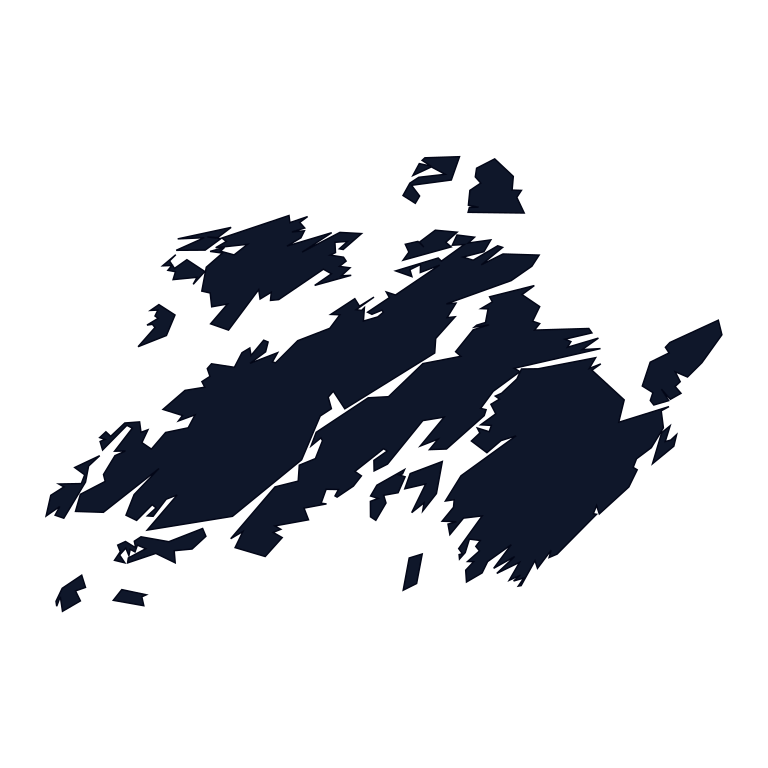 Vikna nor, Nord-Trøndelag, Norway
{"feature_id": "86288312B81438149454650", "entity_name": "Vikna nor", "entity_type": "district", "adm_level": 2, "iso_a3": "NOR", "parent_name": "Norway", "parent_adm1": "Nord-Trøndelag", "projection": "albers", "projection_center": [10.974, 64.92], "detail": "fine", "context": "isolated", "style": "filled", "palette": "ink", "viewbox_px": 768, "rotation_deg": 0, "n_neighbors": 0, "source": "geoboundaries", "source_scale": "gbopen_adm2", "svg_char_len": 6123}
<svg xmlns="http://www.w3.org/2000/svg" viewBox="0 0 768 768"><path d="M468.3,243.0L474.5,237.2L457.0,235.0L452.3,245.2L464.4,244.5L441.4,261.1L438.2,258.0L395.7,270.9L411.9,276.6L409.9,269.7L420.5,264.5L420.3,272.5L439.7,265.1L395.5,295.0L386.3,292.0L389.4,297.6L367.6,312.2L371.9,314.3L381.9,310.2L383.4,312.2L377.8,316.9L363.4,321.1L364.4,307.7L361.6,310.4L356.1,309.7L374.0,297.1L359.5,306.2L354.8,298.7L330.8,314.4L339.9,314.8L329.8,328.3L297.7,340.7L275.6,362.8L272.4,361.9L277.6,352.7L249.9,363.4L265.6,351.8L268.1,342.0L263.7,340.2L251.0,355.5L249.8,348.0L242.0,352.7L234.4,367.3L211.5,363.8L207.3,368.6L210.0,376.4L201.9,381.6L204.8,387.2L185.0,390.4L163.0,409.4L182.5,415.5L178.5,420.9L195.1,414.8L188.2,427.8L165.6,432.5L151.4,449.1L141.9,442.6L147.9,429.8L141.0,432.3L139.6,421.9L124.8,423.0L110.7,436.3L105.9,431.8L99.7,437.6L105.1,439.4L100.1,441.5L102.6,450.0L126.9,425.3L132.3,428.2L114.6,451.2L125.6,451.0L115.0,455.6L103.5,474.5L105.2,481.4L80.4,494.3L75.5,511.4L103.4,512.3L159.0,468.5L134.1,494.6L126.0,515.2L136.6,520.4L152.2,504.7L156.1,507.9L147.4,515.9L153.1,516.3L166.2,499.2L177.3,494.9L147.2,530.1L232.5,516.3L301.6,459.8L320.2,416.0L331.4,408.7L328.2,397.1L333.3,391.2L344.8,408.8L434.7,353.0L435.7,338.5L455.1,316.8L447.1,317.6L456.0,303.1L446.3,303.9L511.2,280.6L531.9,266.2L539.1,255.1L503.0,254.0L481.3,264.8L502.6,247.4L497.7,245.8L473.2,260.2L462.9,257.1L483.9,251.7L490.8,239.9L468.3,243.0ZM595.6,357.7L538.1,368.8L521.5,369.0L516.9,379.0L501.7,393.2L495.3,396.1L499.5,399.1L490.9,404.3L495.8,413.8L480.7,424.8L491.4,425.4L489.2,431.7L477.3,428.0L479.9,433.0L471.4,441.0L486.9,452.7L501.0,440.6L516.2,435.8L461.0,475.8L445.4,501.0L454.2,499.7L453.5,507.3L442.1,521.2L456.6,521.7L448.0,524.1L449.9,534.6L463.5,518.1L482.2,515.9L458.7,548.6L462.4,553.7L459.1,554.6L459.5,559.0L465.2,552.6L469.4,539.1L480.3,540.5L475.8,546.4L479.5,550.9L467.6,561.5L473.7,561.7L465.7,570.2L466.5,582.0L482.1,572.9L487.6,561.6L511.4,544.5L493.7,568.3L514.8,556.5L496.8,573.4L519.6,562.3L509.2,580.3L520.5,575.1L513.6,581.0L523.8,578.0L518.3,586.1L521.1,585.6L535.0,560.6L537.5,568.3L551.2,550.1L549.1,557.5L557.1,554.1L596.5,514.3L593.3,513.7L596.6,505.5L599.3,513.9L628.8,487.0L637.2,469.8L633.2,467.4L636.5,458.8L651.3,447.7L663.4,427.8L661.2,410.8L669.0,406.6L618.7,422.3L624.2,399.9L591.9,370.2L600.8,363.9L589.2,368.5L595.6,357.7ZM534.3,285.6L489.6,296.8L492.4,301.9L481.0,308.6L488.1,308.9L485.5,322.5L476.7,325.2L474.4,327.1L489.3,324.8L473.2,329.8L455.6,351.7L460.9,356.3L422.9,363.6L388.5,396.7L368.2,397.8L316.2,432.3L311.1,445.9L320.9,437.9L322.5,440.7L315.4,458.6L299.3,465.2L298.2,481.1L275.0,486.9L230.7,538.7L243.0,531.4L235.1,547.6L265.2,556.5L282.2,537.6L273.1,532.4L280.8,529.3L274.9,525.9L308.5,519.8L304.0,508.1L326.5,503.9L321.1,503.2L326.1,489.3L338.5,489.5L335.0,495.9L337.1,497.1L353.4,486.1L361.4,475.9L354.9,471.4L383.6,448.7L387.3,451.0L373.9,460.4L374.1,470.9L387.5,464.1L422.8,420.6L444.2,417.1L420.3,446.0L438.1,439.1L429.5,449.6L446.5,449.0L484.2,415.6L486.1,409.7L480.6,408.4L493.2,391.3L520.0,371.6L514.1,368.3L600.5,348.6L582.1,349.6L598.4,338.1L567.4,347.3L570.9,341.6L564.9,339.2L591.9,332.9L588.8,328.5L534.5,330.1L539.7,323.6L532.6,321.2L539.7,306.6L522.0,294.6L534.3,285.6ZM289.0,215.5L222.0,238.0L226.3,241.5L215.7,247.7L247.6,244.3L234.1,254.9L220.5,251.2L224.5,247.4L210.1,251.4L222.5,253.1L206.3,267.2L201.8,291.1L210.2,293.0L211.7,306.8L227.6,304.0L210.6,323.8L228.5,330.1L258.7,289.6L260.1,299.0L271.3,292.2L270.5,300.4L278.7,299.6L323.4,269.2L331.5,273.8L314.7,285.4L351.2,275.3L341.3,275.8L350.0,267.8L339.4,266.4L346.1,261.1L343.5,257.2L330.1,255.1L335.5,252.6L334.9,242.3L347.6,241.4L339.4,248.8L343.2,249.5L361.5,233.6L339.9,232.4L302.1,252.1L331.7,232.7L286.9,246.1L300.9,237.8L304.4,230.8L291.8,232.0L304.7,228.0L299.7,222.4L307.6,216.6L289.9,222.6L289.0,215.5ZM718.3,320.2L669.9,342.5L665.4,347.3L669.1,352.9L650.2,362.2L642.3,386.0L652.9,392.6L650.3,400.5L653.8,405.0L668.7,400.6L661.4,389.1L670.4,399.3L681.0,393.3L675.1,386.5L680.2,381.7L675.1,371.7L687.5,377.0L701.9,362.7L721.9,334.8L718.3,320.2ZM494.7,158.9L476.6,168.2L475.3,176.9L480.8,183.1L469.9,190.4L468.4,205.2L478.7,207.2L469.4,207.4L468.1,212.3L524.2,213.0L516.8,197.4L521.4,190.4L512.1,190.1L513.3,176.4L494.7,158.9ZM202.6,528.5L168.8,541.7L141.0,536.8L134.3,541.2L135.7,547.8L125.5,541.5L117.7,545.1L120.3,551.7L114.5,560.3L124.8,562.8L119.6,555.0L125.8,548.1L128.9,555.6L130.2,549.3L135.0,551.9L137.4,545.1L145.8,548.7L128.3,558.0L127.6,562.9L155.8,553.4L175.2,562.8L174.2,550.7L192.1,549.0L205.9,536.3L202.6,528.5ZM459.5,156.7L424.9,157.8L422.1,160.4L431.2,166.2L419.3,163.6L412.9,175.5L431.4,166.9L445.2,174.3L418.8,177.3L409.9,183.1L403.0,195.5L415.3,203.3L419.6,196.0L411.5,185.3L451.3,180.0L459.5,156.7ZM88.6,466.0L99.7,455.7L74.7,467.5L84.7,474.8L81.3,483.6L58.8,484.0L64.0,486.9L50.8,495.3L46.1,516.0L59.8,506.5L55.1,515.2L63.8,518.2L85.5,482.1L88.6,466.0ZM442.3,461.5L410.2,473.6L404.8,488.8L425.7,484.0L411.7,512.6L424.0,502.8L422.7,511.0L436.4,493.6L442.3,461.5ZM435.3,230.2L419.6,242.0L423.8,247.1L417.9,241.4L405.3,244.3L408.9,252.1L403.1,260.2L451.2,246.9L445.8,242.3L457.1,232.2L435.3,230.2ZM158.9,304.6L150.5,310.4L157.9,310.1L155.0,316.0L158.2,318.3L147.0,325.1L152.4,324.3L155.0,327.5L138.1,346.7L166.4,335.5L175.0,315.0L158.9,304.6ZM231.1,227.4L177.7,238.9L204.3,237.7L176.2,250.3L205.2,250.1L220.9,238.6L207.3,237.0L217.7,237.6L231.1,227.4ZM398.9,474.9L402.5,473.9L404.5,469.6L376.9,485.2L370.6,496.0L378.2,498.4L370.4,501.4L370.5,516.8L375.8,520.3L386.0,503.0L383.7,495.3L398.1,492.7L405.1,476.8L398.9,474.9ZM175.8,254.7L162.6,265.8L171.9,265.5L167.9,270.3L175.5,271.7L173.1,279.6L197.0,277.3L193.2,284.3L204.8,271.5L186.9,259.7L174.5,268.4L169.5,260.9L175.8,254.7ZM81.7,575.2L62.2,588.3L56.0,601.3L56.7,606.2L60.3,596.5L62.5,611.3L80.4,600.9L75.5,590.9L85.5,587.4L81.7,575.2ZM146.3,594.8L121.8,589.6L113.3,600.3L143.8,605.7L141.8,596.8L146.3,594.8ZM422.2,554.0L409.2,558.0L403.2,590.2L416.6,583.5L422.2,554.0ZM676.6,434.6L670.7,440.1L665.2,441.6L670.1,425.8L661.7,432.7L652.5,463.7L673.8,446.2L676.6,434.6Z" fill="#0f172a" stroke="#020617" stroke-width="1.5"/></svg>